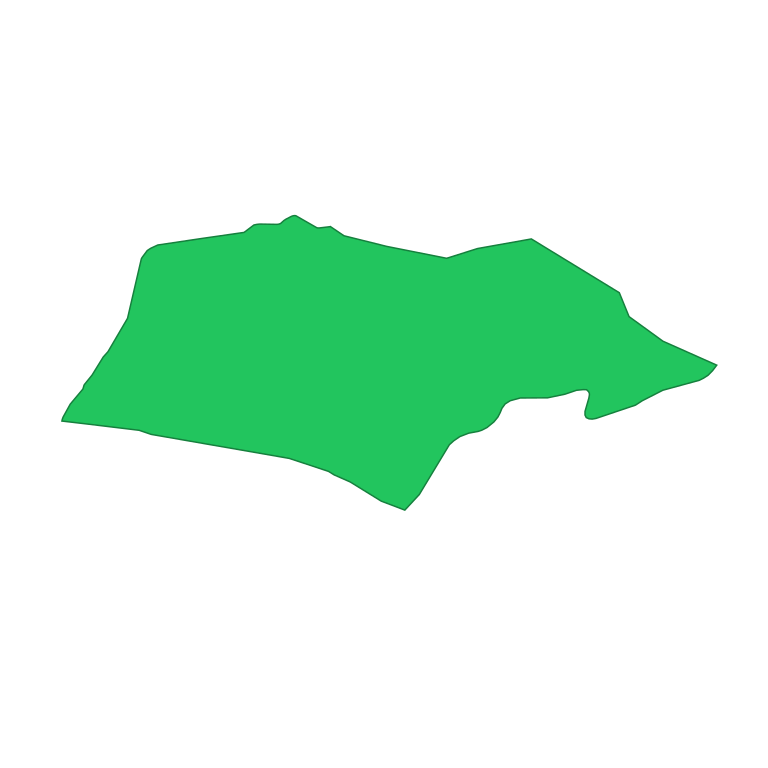 an SVG outline of Eastern Darfur, rotated 122°
{"feature_id": "SDN-5857", "entity_name": "Eastern Darfur", "entity_type": "State", "adm_level": 1, "iso_a3": "SDN", "parent_name": "Sudan", "parent_adm1": "", "projection": "albers", "projection_center": [26.343, 11.27], "detail": "fine", "context": "isolated", "style": "filled", "palette": "green", "viewbox_px": 768, "rotation_deg": 122, "n_neighbors": 0, "source": "natural_earth", "source_scale": "10m", "svg_char_len": 1335}
<svg xmlns="http://www.w3.org/2000/svg" viewBox="0 0 768 768"><g transform="rotate(122 384 384)"><path d="M404.9,656.2L396.3,655.5L392.6,653.8L386.0,649.5L357.7,616.3L329.6,583.0L318.1,578.6L315.9,576.3L314.2,574.1L305.3,559.3L304.4,558.2L303.9,557.7L302.9,556.9L302.5,556.7L298.4,555.5L296.2,554.5L290.8,551.3L289.6,550.3L288.7,549.3L288.3,548.6L288.0,547.8L287.1,524.3L287.0,523.5L286.7,522.8L285.9,521.5L279.4,513.4L278.9,513.0L279.5,496.5L265.9,454.7L244.2,397.5L219.6,376.5L182.9,335.9L181.9,232.8L197.0,211.9L199.9,170.1L191.7,111.8L198.4,112.4L204.8,113.8L209.7,116.1L213.8,118.6L241.5,144.2L261.3,156.1L268.6,159.5L300.9,186.0L303.4,188.8L304.9,191.7L305.3,194.7L303.8,197.1L300.7,199.0L287.4,202.8L284.4,204.0L282.9,205.1L282.1,206.4L281.5,209.2L283.2,212.1L287.3,217.4L296.7,225.1L309.0,237.9L323.7,261.1L331.3,268.1L336.7,270.7L342.1,271.1L346.7,270.3L351.7,269.9L357.9,270.7L366.4,273.6L371.4,276.6L374.3,279.0L380.8,286.1L388.4,291.8L395.3,294.8L400.9,296.4L459.0,295.5L479.9,299.5L484.8,324.2L485.0,360.8L487.5,378.1L487.5,384.5L487.6,385.1L497.3,424.9L550.1,554.7L553.0,567.1L575.5,615.1L586.1,637.5L584.5,638.1L582.1,638.6L567.3,639.4L548.1,636.7L547.3,636.8L544.2,637.7L543.3,637.8L531.2,636.3L509.8,636.4L502.9,635.2L464.2,636.3L406.5,656.1L404.9,656.2Z" fill="#22c55e" stroke="#15803d" stroke-width="1.5"/></g></svg>